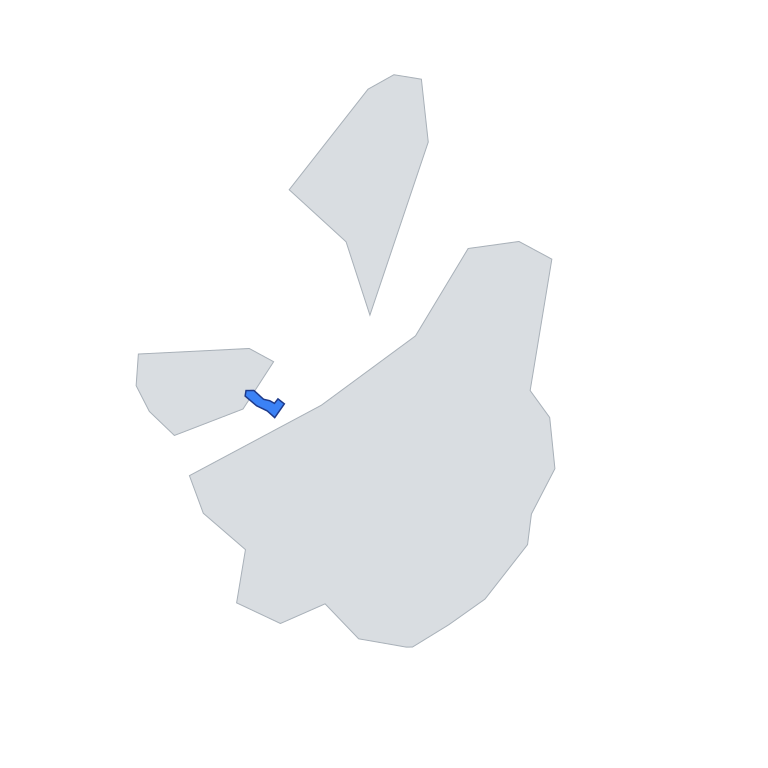 Hong Kong S.A.R., with Yau Tsim Mong highlighted, rotated 128°
{"feature_id": "HKG-5157", "entity_name": "Yau Tsim Mong", "entity_type": "state/province", "adm_level": 1, "iso_a3": "HKG", "parent_name": "Hong Kong S.A.R.", "parent_adm1": "", "projection": "orthographic", "projection_center": [114.17, 22.306], "detail": "fine", "context": "in_parent", "style": "filled", "palette": "blue", "viewbox_px": 768, "rotation_deg": 128, "n_neighbors": 0, "source": "natural_earth", "source_scale": "10m", "svg_char_len": 847}
<svg xmlns="http://www.w3.org/2000/svg" viewBox="0 0 768 768"><g transform="rotate(128 384 384)"><path d="M308.4,232.8L311.4,229.9L345.5,197.2L395.7,187.8L422.2,172.0L491.3,172.0L533.7,184.7L573.7,199.6L577.6,204.4L600.4,247.1L593.5,295.1L636.5,318.2L647.2,365.4L599.8,391.2L597.1,446.8L576.0,480.9L439.3,420.3L326.7,388.8L225.4,401.1L188.6,365.4L182.3,328.6L299.2,264.8L308.4,232.8ZM289.3,578.3L161.5,578.1L134.2,566.6L120.8,542.2L166.1,498.1L338.4,437.5L295.3,501.4L289.3,578.3ZM537.9,578.3L511.6,596.0L439.0,512.1L434.4,484.7L490.5,479.7L553.6,517.5L550.1,552.0L537.9,578.3Z" fill="#d9dde1" stroke="#a8b0b8" stroke-width="1"/><path d="M479.0,486.0L474.1,488.7L469.2,482.5L470.2,469.5L467.5,463.7L466.7,458.4L461.0,458.4L461.0,450.3L477.8,449.4L477.1,459.4L479.6,471.0L479.0,486.0Z" fill="#3b82f6" stroke="#1e3a8a" stroke-width="1.5"/></g></svg>